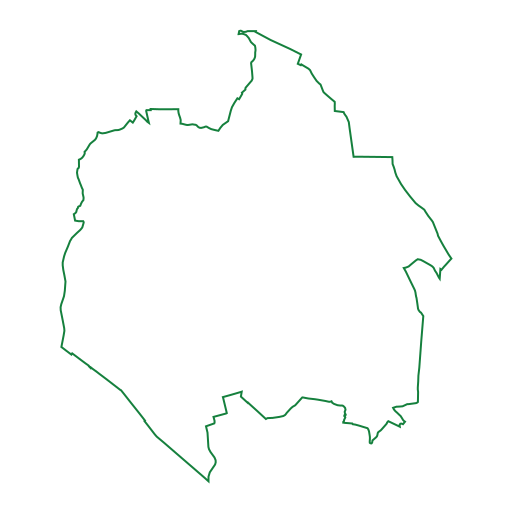 the district of Falticeni, Suceava, Romania
{"feature_id": "2599482B37140017056503", "entity_name": "Falticeni", "entity_type": "district", "adm_level": 2, "iso_a3": "ROU", "parent_name": "Romania", "parent_adm1": "Suceava", "projection": "orthographic", "projection_center": [26.308, 47.463], "detail": "fine", "context": "isolated", "style": "outline", "palette": "green", "viewbox_px": 512, "rotation_deg": 0, "n_neighbors": 0, "source": "geoboundaries", "source_scale": "gbopen_adm2", "svg_char_len": 5928}
<svg xmlns="http://www.w3.org/2000/svg" viewBox="0 0 512 512"><path d="M344.1,422.6L344.7,422.9L347.7,423.1L352.3,423.5L352.7,424.2L355.3,424.6L358.6,425.5L360.3,426.0L362.2,426.6L367.5,428.2L368.3,429.4L369.0,431.3L369.6,434.9L369.9,437.0L369.9,438.8L369.7,442.0L369.8,442.8L370.3,443.2L371.0,443.4L371.5,443.4L372.0,442.8L372.2,442.3L372.3,441.6L372.5,440.4L373.7,439.4L376.1,437.3L376.9,436.4L377.4,435.0L377.7,433.3L378.0,432.5L378.5,432.0L380.8,430.3L382.0,429.0L385.0,425.6L386.7,423.6L386.9,423.2L387.0,422.9L387.1,422.5L387.4,422.2L388.3,421.2L390.0,422.0L399.8,426.7L399.6,425.3L399.7,424.6L400.4,423.7L401.5,423.6L403.0,424.2L405.0,421.7L403.9,420.9L403.0,419.9L402.2,418.5L400.6,416.0L399.9,415.4L397.0,412.6L395.4,411.2L393.9,409.4L393.1,407.8L396.5,406.7L399.1,406.6L402.6,406.3L407.3,404.1L408.9,404.1L416.1,403.1L417.4,402.5L417.9,402.0L418.0,397.2L418.1,391.9L417.8,389.5L417.8,387.5L418.2,381.7L418.4,375.7L419.3,367.7L421.3,340.6L423.3,316.1L421.0,312.6L419.9,311.9L418.6,310.1L418.0,308.6L417.9,307.6L417.3,303.3L416.5,297.9L416.1,296.6L416.0,295.8L415.8,294.9L415.5,292.7L415.0,290.6L414.1,288.6L413.1,286.6L410.7,281.7L405.9,271.7L403.8,268.0L406.1,267.5L408.6,266.5L411.3,264.2L415.9,260.4L417.8,259.2L418.5,259.4L420.7,259.8L423.4,261.2L427.1,263.3L429.6,264.7L431.6,265.9L432.6,266.7L433.7,267.9L435.0,270.7L436.5,272.9L438.2,276.2L439.0,277.7L439.7,278.7L440.4,269.0L441.5,269.8L441.7,269.5L444.1,266.6L445.6,265.0L449.8,260.3L450.9,259.1L451.4,258.6L448.6,254.5L443.4,245.7L441.9,243.0L440.8,241.0L438.0,235.7L437.9,235.1L437.5,233.5L436.8,231.8L432.9,222.1L431.9,220.6L428.3,216.0L425.4,211.6L424.3,209.7L421.5,207.6L418.5,205.5L415.6,203.1L410.1,196.5L405.1,190.0L401.0,184.0L396.6,176.2L395.3,172.5L394.6,169.6L393.7,166.8L392.6,164.0L392.5,160.1L392.3,157.1L375.3,156.9L357.2,156.7L353.6,156.8L349.6,128.3L348.8,122.1L346.4,116.6L345.6,115.6L344.3,113.7L343.6,112.1L334.8,111.0L334.7,106.0L334.8,103.7L334.7,101.8L331.3,99.0L327.6,95.8L324.3,92.9L323.4,91.9L322.6,89.9L320.8,85.2L320.5,84.5L319.2,83.5L316.6,80.9L314.0,77.1L311.7,73.5L310.1,70.2L308.5,68.7L301.3,64.4L300.8,65.2L297.8,63.8L301.1,54.5L290.2,49.0L270.6,40.0L255.5,31.9L255.8,31.1L248.0,31.1L247.4,31.2L245.9,31.8L245.3,31.8L244.0,32.0L243.0,31.8L241.5,31.0L240.8,30.7L240.1,30.8L239.2,31.1L238.6,34.1L238.9,34.1L240.4,33.8L241.8,33.7L243.1,33.9L243.8,34.1L246.0,35.0L247.2,36.2L248.8,38.1L250.9,42.0L252.0,43.1L254.0,44.9L254.9,45.6L255.0,46.0L255.3,47.4L255.5,49.4L255.5,50.6L255.2,52.5L255.2,54.3L255.1,56.6L254.8,57.7L254.2,59.1L253.1,60.6L251.3,62.3L251.1,63.3L252.0,71.2L252.5,77.5L252.5,78.8L251.6,80.8L251.1,81.3L245.8,87.5L245.4,88.2L245.4,89.6L241.9,92.7L242.2,93.3L242.2,93.9L239.1,99.2L237.4,98.3L234.5,102.7L232.0,107.1L230.8,110.7L228.1,121.2L222.8,124.9L220.3,127.9L218.4,130.8L216.0,130.3L213.5,129.7L211.2,129.1L209.1,128.1L206.6,126.6L205.4,126.6L204.4,127.1L202.9,127.5L201.2,127.9L199.8,127.8L198.7,127.3L197.9,126.7L196.7,125.4L195.7,124.8L194.1,124.6L192.5,124.3L191.1,124.5L188.7,124.9L187.1,125.0L185.6,124.7L182.2,123.8L180.5,123.6L180.7,120.1L180.1,117.7L179.1,114.9L178.6,113.1L178.3,111.0L178.3,109.2L160.5,109.3L150.6,109.0L150.7,110.1L147.8,110.1L146.5,110.1L146.2,110.7L146.2,111.1L148.4,120.9L148.9,122.9L147.0,121.5L146.0,120.3L138.8,113.5L136.3,111.4L135.6,112.6L135.3,113.9L135.6,115.0L136.6,116.2L134.1,120.6L132.8,122.6L129.9,120.3L128.1,122.3L126.8,123.9L124.1,127.3L123.7,127.7L122.4,128.5L119.8,129.6L118.5,130.0L117.3,130.1L116.0,130.1L114.4,130.3L105.7,132.9L102.9,133.3L102.0,133.3L100.7,133.0L99.3,132.5L98.7,132.1L98.2,132.2L97.6,132.6L97.4,134.3L97.0,136.2L96.0,138.5L94.9,139.9L93.3,141.2L91.2,142.9L90.5,143.5L89.8,144.3L86.7,149.5L85.3,151.1L84.6,151.7L84.6,152.4L84.8,153.0L84.4,154.4L83.5,156.0L82.2,157.7L81.2,158.5L80.5,159.0L79.8,159.3L78.9,159.7L79.0,166.7L78.7,167.9L77.7,168.7L77.4,169.8L77.0,172.7L77.5,175.8L77.9,177.7L78.6,179.2L79.9,182.8L80.1,183.4L80.8,185.0L81.9,187.9L82.7,189.5L82.8,189.9L82.7,192.4L82.7,193.6L83.0,194.9L83.5,197.1L83.6,197.9L83.5,199.1L83.3,200.3L82.7,200.9L81.9,202.0L81.0,203.8L80.3,205.7L80.1,205.9L79.4,206.2L78.7,206.4L78.3,206.7L78.0,207.1L77.8,208.2L77.1,208.9L76.6,210.4L76.3,211.9L75.4,213.1L73.8,214.2L75.1,220.6L78.7,221.2L83.2,221.2L83.7,222.2L83.6,222.9L82.8,225.7L82.3,227.4L81.5,228.5L80.2,230.0L77.0,232.9L71.9,237.9L70.9,239.7L70.1,240.9L67.9,246.6L65.2,252.9L64.1,256.3L62.7,262.4L62.7,265.3L63.3,269.9L64.4,275.4L65.5,281.5L64.8,290.9L64.0,296.2L63.0,299.2L61.3,304.1L60.6,307.2L60.7,310.2L62.7,320.3L64.2,328.2L64.4,330.8L63.6,335.6L61.4,347.0L63.4,348.5L66.1,350.6L71.4,354.6L72.2,353.4L80.7,359.8L85.4,363.3L88.1,365.2L88.8,365.7L88.8,366.2L90.6,368.0L90.8,367.4L92.7,368.9L97.1,372.1L99.0,373.6L102.6,376.3L107.6,380.1L112.9,384.2L120.4,390.0L121.0,390.2L124.2,394.2L130.8,402.6L139.4,413.4L141.2,415.7L145.0,420.6L144.5,421.1L148.1,425.7L154.8,434.4L156.7,436.6L164.1,442.8L176.7,453.7L204.5,477.7L208.5,481.3L208.5,476.7L209.8,472.3L215.1,464.5L215.7,462.3L215.6,460.2L214.5,457.5L210.5,452.0L209.0,449.2L208.4,446.9L207.9,438.8L207.5,432.6L206.0,426.3L214.3,423.4L214.6,422.3L214.5,420.6L213.5,416.9L226.1,413.5L226.8,413.1L223.2,398.1L222.9,397.1L230.1,395.1L236.0,393.4L241.4,391.8L241.7,391.7L240.9,396.6L247.8,402.9L248.0,402.6L249.7,404.2L257.0,410.8L265.9,419.0L266.7,418.5L267.6,418.1L272.6,417.9L279.4,416.9L283.4,416.0L285.2,414.9L286.0,413.9L286.7,412.9L290.7,408.5L292.6,406.8L294.0,406.0L295.2,405.3L298.7,401.4L302.2,397.5L302.6,397.4L308.4,398.5L314.8,399.2L318.1,399.7L325.5,401.0L328.6,401.7L329.6,401.8L330.8,401.6L331.5,401.3L332.2,402.7L334.0,403.9L337.5,405.2L339.9,405.5L342.0,405.5L342.8,405.7L343.9,406.5L345.1,407.9L345.5,409.8L344.7,411.8L344.9,413.1L345.7,414.6L345.7,414.9L345.5,415.1L344.6,415.0L344.3,415.7L344.4,416.3L345.1,416.9L345.3,417.4L345.0,418.1L344.5,419.1L344.2,419.6L344.1,420.1L344.0,420.9L343.2,422.0L343.3,422.7L344.1,422.6Z" fill="none" stroke="#15803d" stroke-width="2"/></svg>